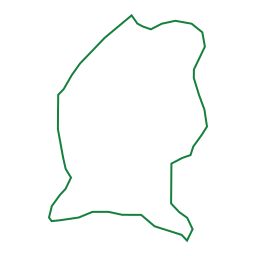 outline of Samchon, Hwanghae-namdo, North Korea
{"feature_id": "82179303B40793124111890", "entity_name": "Samchon", "entity_type": "district", "adm_level": 2, "iso_a3": "PRK", "parent_name": "North Korea", "parent_adm1": "Hwanghae-namdo", "projection": "mercator", "projection_center": [125.273, 38.339], "detail": "fine", "context": "isolated", "style": "outline", "palette": "green", "viewbox_px": 256, "rotation_deg": 0, "n_neighbors": 0, "source": "geoboundaries", "source_scale": "gbopen_adm2", "svg_char_len": 757}
<svg xmlns="http://www.w3.org/2000/svg" viewBox="0 0 256 256"><path d="M131.6,15.4L104.7,37.8L91.1,52.0L80.1,63.4L71.9,74.9L63.7,89.1L58.2,94.8L58.1,106.2L58.0,111.9L58.0,114.8L57.9,129.1L60.5,143.3L63.1,157.6L65.7,169.0L71.0,177.6L65.5,189.0L60.1,194.7L51.8,206.1L51.0,209.5L49.0,217.5L51.6,221.1L59.8,220.3L78.8,217.5L92.4,211.9L108.7,211.9L122.2,214.8L141.2,214.9L154.6,226.3L181.7,234.9L187.0,240.6L192.6,229.2L187.2,217.8L179.2,212.1L171.1,203.5L171.2,192.1L171.3,177.9L171.4,163.6L182.3,157.9L190.5,155.1L193.3,146.5L201.5,135.2L207.0,126.6L204.4,109.5L199.1,95.2L193.8,78.0L193.9,69.5L199.4,58.1L204.9,46.6L202.3,32.3L191.6,23.7L175.3,20.8L161.8,23.7L150.9,29.3L142.8,26.5L137.4,23.6L131.6,15.4Z" fill="none" stroke="#15803d" stroke-width="2"/></svg>